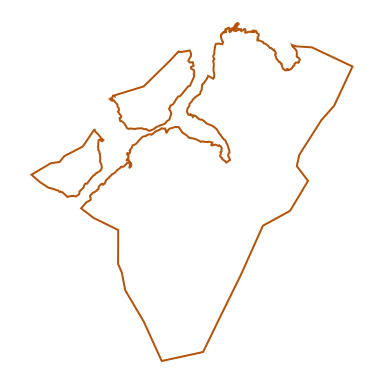 Kvalsund nor, Finnmark, Norway (orthographic projection)
{"feature_id": "86288312B73614960684794", "entity_name": "Kvalsund nor", "entity_type": "district", "adm_level": 2, "iso_a3": "NOR", "parent_name": "Norway", "parent_adm1": "Finnmark", "projection": "orthographic", "projection_center": [24.169, 70.397], "detail": "fine", "context": "isolated", "style": "outline", "palette": "amber", "viewbox_px": 384, "rotation_deg": 0, "n_neighbors": 0, "source": "geoboundaries", "source_scale": "gbopen_adm2", "svg_char_len": 5810}
<svg xmlns="http://www.w3.org/2000/svg" viewBox="0 0 384 384"><path d="M292.0,44.9L292.9,46.9L295.7,49.5L296.8,51.8L296.8,56.7L299.0,58.1L299.8,59.7L299.3,60.6L299.1,61.9L298.1,62.8L297.5,62.4L296.1,62.5L294.7,63.6L294.3,65.5L292.9,66.3L292.6,67.5L291.3,68.7L289.0,70.0L288.5,69.7L288.5,70.0L287.9,70.0L287.3,69.3L288.4,69.1L287.9,69.0L287.2,69.2L287.8,70.1L285.3,70.4L282.9,68.5L281.8,65.7L281.7,65.0L281.7,64.0L280.8,63.7L280.7,63.5L280.8,63.3L280.7,62.9L279.8,62.0L278.9,61.9L278.6,61.2L276.5,58.8L275.8,56.4L275.1,55.0L275.1,54.4L275.7,54.0L275.9,53.1L275.0,51.3L273.0,49.8L273.1,49.7L272.2,49.7L272.4,49.6L272.2,49.1L271.4,48.1L270.0,48.0L268.2,45.8L265.2,43.6L263.8,43.5L263.2,42.1L259.7,40.6L257.4,40.4L257.3,39.6L258.1,38.6L257.6,38.1L257.6,37.0L258.5,36.2L258.8,35.1L258.7,34.4L257.0,33.1L256.3,31.2L255.9,31.0L253.2,30.5L252.9,30.7L253.7,30.8L253.0,31.2L253.5,31.8L252.5,31.6L251.9,31.8L252.1,32.0L251.2,32.0L249.3,31.6L245.8,32.8L245.1,32.4L245.1,31.9L245.5,31.0L245.4,29.9L245.3,29.4L244.7,29.0L244.1,29.2L243.2,30.2L242.1,30.3L241.5,31.1L240.9,30.7L240.8,30.2L240.9,29.4L239.5,29.7L239.5,29.2L239.3,29.2L238.8,29.7L238.0,28.7L237.9,28.8L238.0,29.0L237.7,29.8L236.8,30.6L235.4,31.2L234.7,30.6L235.9,27.9L236.0,27.0L237.6,25.3L238.0,24.4L238.0,24.1L238.4,24.1L238.5,23.5L237.4,23.0L236.8,23.5L237.7,24.0L235.9,24.5L236.0,24.8L235.3,25.0L234.3,26.3L234.5,26.7L234.4,27.0L235.2,27.3L234.2,27.6L234.6,27.7L234.0,28.7L234.0,28.3L233.8,28.3L232.7,29.1L232.1,29.6L231.8,30.5L230.2,32.0L229.7,32.0L229.2,31.1L229.5,30.6L229.6,30.0L230.4,29.1L229.1,29.2L228.8,28.7L229.0,27.9L228.7,27.7L228.1,28.1L228.5,28.4L227.7,28.3L227.7,28.6L226.6,29.0L225.5,29.1L225.4,29.3L225.5,29.8L225.2,30.3L225.8,30.8L225.1,31.3L225.7,31.5L226.0,31.7L226.0,32.0L224.0,32.0L224.2,32.5L222.4,33.0L222.1,34.0L221.1,34.4L220.9,34.9L220.9,37.0L222.1,41.0L223.1,42.0L222.4,44.1L218.1,43.6L216.0,43.8L215.4,45.0L214.4,50.7L214.3,53.9L213.3,55.9L213.4,57.6L214.4,58.9L213.2,61.1L213.9,64.4L213.4,69.8L214.3,74.6L214.1,77.3L213.3,78.7L208.1,75.9L207.1,78.3L203.8,83.2L202.2,84.5L201.6,90.1L200.5,91.7L200.2,93.8L195.6,96.9L192.8,99.6L191.8,101.4L189.4,104.0L189.4,105.9L187.6,108.3L186.9,111.6L188.3,114.6L190.6,115.1L190.6,114.2L191.6,114.7L192.8,116.9L193.7,115.4L195.7,116.0L199.0,119.2L202.4,119.9L204.1,121.1L206.6,123.5L212.6,125.9L216.8,129.2L218.3,132.0L223.6,139.2L225.2,140.0L226.3,142.8L227.3,144.4L229.1,150.0L229.5,152.3L228.6,153.4L228.1,155.5L230.1,159.9L226.4,162.5L224.9,160.9L222.4,159.3L222.1,158.6L222.2,158.3L221.8,158.3L220.4,156.5L220.1,155.7L220.9,153.6L220.5,152.7L220.8,152.4L220.7,152.1L221.6,151.1L221.4,150.0L221.7,148.3L220.7,146.4L219.2,145.3L218.4,145.9L215.3,144.6L211.8,145.5L211.3,145.0L211.9,144.1L211.8,143.0L213.2,142.8L208.9,141.7L207.6,142.1L204.0,141.8L202.6,141.3L200.8,141.9L198.9,140.6L194.6,138.8L188.6,137.6L187.2,135.7L182.3,132.5L179.7,128.4L178.5,127.0L174.9,127.1L169.5,128.7L168.1,130.2L166.7,132.7L167.0,131.3L166.5,131.0L166.8,131.6L166.4,132.5L166.2,132.3L166.0,131.1L166.0,130.5L165.7,130.5L165.2,128.5L163.2,128.7L161.7,128.2L159.4,129.9L156.1,131.2L151.5,134.8L150.5,134.3L148.2,134.5L145.8,136.0L142.7,136.7L139.8,139.5L136.6,143.3L135.6,144.1L132.6,145.5L131.6,147.9L129.8,150.2L129.7,150.6L130.1,151.1L130.2,152.0L129.5,153.4L128.7,153.9L128.1,153.2L127.6,153.1L127.1,153.4L127.0,153.8L127.8,154.0L127.7,154.9L128.0,155.5L128.4,155.4L128.6,156.1L128.3,157.3L128.4,158.1L127.4,158.8L126.7,160.2L127.0,160.5L128.5,159.8L129.1,161.1L130.1,162.0L131.2,163.8L131.3,164.4L131.3,165.4L130.9,166.3L129.7,167.6L129.4,167.5L129.8,166.0L129.8,164.0L129.5,163.2L128.3,162.6L127.1,163.1L124.0,166.3L122.5,166.9L121.3,166.6L120.8,166.9L120.7,167.3L119.5,168.6L117.4,169.9L115.0,172.6L111.7,174.6L111.3,175.3L109.5,176.8L109.2,177.7L106.6,179.5L105.5,181.2L105.5,182.0L104.5,183.7L103.3,184.6L102.8,184.6L102.5,183.9L102.0,183.9L100.7,184.4L100.3,185.2L99.0,186.2L98.6,187.1L98.7,187.8L98.6,188.9L98.4,189.1L96.9,190.1L96.6,190.7L94.3,192.2L92.7,192.8L90.1,195.8L90.1,196.7L90.6,197.4L90.6,198.0L90.6,198.4L90.7,199.3L90.6,200.0L86.1,202.5L81.1,208.3L93.5,217.9L118.2,230.0L118.1,264.0L121.7,272.2L125.3,290.4L143.7,321.5L161.7,361.0L203.1,352.0L218.6,320.1L241.0,274.6L262.9,225.7L290.1,210.8L308.0,180.9L296.8,166.1L299.3,154.8L321.4,120.1L334.2,105.7L352.5,66.5L312.0,47.4L295.7,46.3L292.0,44.9ZM112.9,95.8L112.2,98.0L111.6,97.9L109.8,99.0L111.6,100.6L112.3,100.7L112.9,99.8L113.6,100.2L117.5,104.8L117.5,106.5L118.6,108.0L118.9,108.9L118.9,110.6L118.0,111.6L119.8,114.3L121.3,116.1L121.0,117.5L119.7,117.9L119.7,119.0L120.3,121.1L121.6,121.1L124.5,123.6L127.1,128.2L129.0,128.9L130.2,128.5L135.2,129.0L136.6,128.5L142.1,128.3L144.0,129.2L146.2,129.1L148.3,130.5L149.8,130.7L153.6,129.2L155.9,127.4L158.2,126.2L164.9,123.7L166.9,121.2L169.3,119.7L171.3,113.6L170.6,111.4L168.9,108.7L169.9,107.7L170.5,105.5L173.0,104.3L177.9,96.7L180.4,95.9L188.1,86.4L190.0,85.7L194.3,76.1L193.7,74.2L194.4,72.8L193.8,70.1L191.0,68.4L191.1,66.9L193.6,65.7L192.7,62.2L189.9,62.5L188.3,61.0L189.2,58.9L191.0,55.9L190.9,53.1L189.7,50.5L182.5,51.8L179.1,52.1L178.7,51.5L178.2,51.8L169.8,60.8L143.7,86.4L114.0,95.5L114.4,96.3L112.9,95.8ZM31.5,174.7L39.4,181.7L48.4,187.7L54.0,189.1L56.4,190.2L58.0,190.4L59.6,191.9L60.4,191.5L61.2,192.1L62.2,192.1L67.7,197.0L68.7,196.4L73.5,195.9L76.0,196.4L79.0,194.4L79.5,192.7L79.4,191.6L83.5,187.6L84.3,185.1L85.5,183.5L87.4,183.5L88.3,181.8L93.2,175.7L94.4,175.1L95.9,173.4L99.6,171.3L101.4,169.4L101.8,167.3L101.6,165.8L101.3,164.3L100.2,161.9L99.9,160.8L100.3,159.6L100.0,153.9L99.4,152.9L99.3,151.4L98.3,150.0L98.1,146.3L98.4,142.7L98.6,140.1L99.8,139.7L100.9,140.1L101.4,141.0L102.1,141.3L103.4,140.0L101.0,138.1L98.0,134.0L95.8,132.3L94.7,129.9L94.2,129.7L82.8,146.5L64.2,156.2L59.5,162.0L50.9,163.2L31.5,174.7Z" fill="none" stroke="#b45309" stroke-width="2"/></svg>